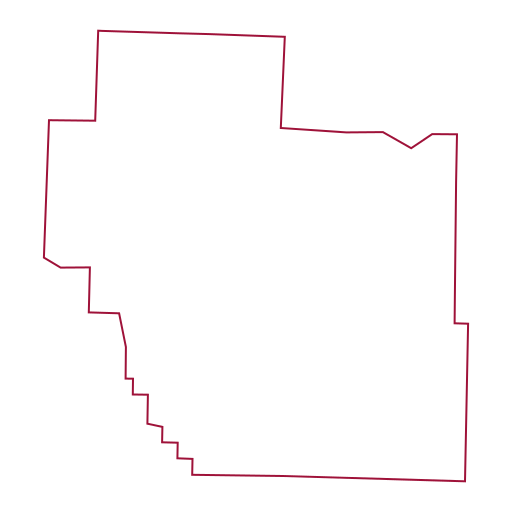 Miller, Missouri, United States of America (Equal Earth projection)
{"feature_id": "52423323B49877300936601", "entity_name": "Miller", "entity_type": "district", "adm_level": 2, "iso_a3": "USA", "parent_name": "United States of America", "parent_adm1": "Missouri", "projection": "equal_earth", "projection_center": [-92.479, 38.224], "detail": "fine", "context": "isolated", "style": "outline", "palette": "rose", "viewbox_px": 512, "rotation_deg": 0, "n_neighbors": 0, "source": "geoboundaries", "source_scale": "gbopen_adm2", "svg_char_len": 558}
<svg xmlns="http://www.w3.org/2000/svg" viewBox="0 0 512 512"><path d="M43.9,257.6L60.6,267.6L89.9,267.4L88.8,312.4L119.1,313.3L125.9,347.0L125.6,378.6L133.0,378.7L132.8,394.5L147.9,394.7L147.4,423.7L162.4,426.9L162.1,442.3L177.7,442.7L177.4,458.3L192.5,458.9L192.2,474.8L282.7,476.0L465.0,481.3L468.1,323.7L454.6,323.3L454.9,293.1L456.1,181.3L457.0,134.3L432.2,134.1L411.2,148.2L382.9,132.1L346.3,132.4L280.8,128.0L284.8,36.8L209.4,34.1L179.2,33.3L102.3,30.9L98.2,30.7L95.2,120.7L49.0,120.2L43.9,257.6Z" fill="none" stroke="#9f1239" stroke-width="2"/></svg>